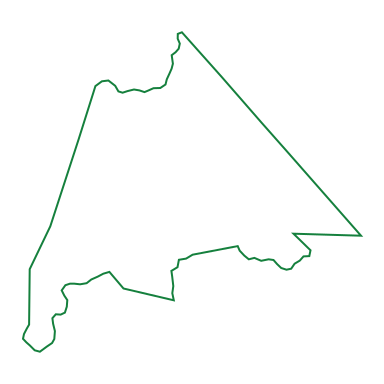 General Sampaio, Ceará, Brazil
{"feature_id": "56859067B86907470602863", "entity_name": "General Sampaio", "entity_type": "district", "adm_level": 2, "iso_a3": "BRA", "parent_name": "Brazil", "parent_adm1": "Ceará", "projection": "robinson", "projection_center": [-39.467, -4.064], "detail": "fine", "context": "isolated", "style": "outline", "palette": "green", "viewbox_px": 384, "rotation_deg": 0, "n_neighbors": 0, "source": "geoboundaries", "source_scale": "gbopen_adm2", "svg_char_len": 1170}
<svg xmlns="http://www.w3.org/2000/svg" viewBox="0 0 384 384"><path d="M122.6,92.7L118.4,91.4L115.2,85.8L108.4,80.5L101.9,81.3L95.4,86.1L93.5,92.2L78.7,139.1L50.3,226.3L29.7,269.2L29.1,324.6L26.8,328.6L24.0,334.0L23.0,338.8L26.4,342.4L29.8,345.4L34.7,350.3L39.9,351.7L46.8,346.6L52.1,343.0L54.3,339.0L54.9,331.1L53.1,323.7L52.4,318.2L55.8,314.3L60.7,314.6L64.9,312.6L66.8,306.7L67.3,300.1L64.3,295.6L61.7,290.4L65.4,285.2L69.9,283.7L74.5,283.7L80.1,284.3L86.6,283.2L91.3,279.5L97.8,276.6L103.3,273.7L109.4,271.9L123.5,288.5L173.8,300.3L172.3,293.2L173.3,286.1L172.2,276.6L171.4,270.9L177.5,267.2L178.9,259.8L186.1,258.6L192.6,254.7L237.7,246.1L239.7,250.7L244.3,255.6L248.8,259.3L254.4,257.9L261.2,260.8L268.6,259.3L273.5,260.0L277.2,264.2L281.2,268.0L286.5,269.7L291.2,268.7L294.6,263.7L299.8,260.6L303.5,256.4L309.3,256.1L310.5,250.3L293.5,233.7L361.0,235.7L287.5,152.0L261.4,122.5L222.1,77.4L181.9,32.3L177.8,33.9L177.7,38.7L179.8,43.6L178.7,48.7L175.6,52.2L171.7,55.2L172.9,63.7L171.6,68.7L169.4,73.7L166.8,79.3L165.5,84.5L160.3,88.0L153.5,88.2L148.6,90.4L144.5,92.1L139.4,90.4L134.0,89.5L127.5,91.1L122.6,92.7Z" fill="none" stroke="#15803d" stroke-width="2"/></svg>